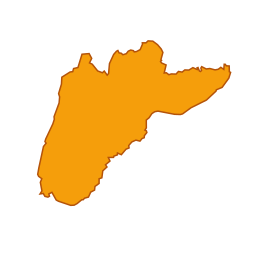 Nong Chik, Pattani, Thailand, rotated 289°
{"feature_id": "78962969B59272581561490", "entity_name": "Nong Chik", "entity_type": "district", "adm_level": 2, "iso_a3": "THA", "parent_name": "Thailand", "parent_adm1": "Pattani", "projection": "natural_earth1", "projection_center": [101.184, 6.781], "detail": "medium", "context": "isolated", "style": "filled", "palette": "amber", "viewbox_px": 256, "rotation_deg": 289, "n_neighbors": 0, "source": "geoboundaries", "source_scale": "gbopen_adm2", "svg_char_len": 1882}
<svg xmlns="http://www.w3.org/2000/svg" viewBox="0 0 256 256"><g transform="rotate(289 128 128)"><path d="M167.7,181.0L180.0,193.1L191.5,199.2L192.9,199.1L197.1,203.8L208.0,207.1L214.0,206.9L214.2,205.5L219.6,203.5L218.8,200.7L219.9,199.2L219.6,198.2L214.6,199.5L215.6,196.0L212.9,194.2L211.3,191.4L210.9,186.0L209.3,182.8L210.0,177.7L208.4,177.4L206.3,178.8L205.0,178.1L205.1,177.0L208.0,174.5L207.4,173.8L206.5,175.2L205.8,174.6L206.2,169.7L202.6,166.7L201.4,162.8L198.5,161.0L197.9,157.3L194.6,155.8L193.2,151.3L191.7,149.3L192.7,146.3L191.8,144.3L200.0,143.5L200.4,138.7L201.4,137.1L202.9,137.7L203.2,136.9L210.8,136.4L213.5,133.7L216.4,128.8L218.2,123.2L216.9,118.6L214.4,117.3L213.2,113.8L211.9,114.4L206.1,114.0L203.1,111.2L202.0,109.1L202.9,108.0L202.6,105.2L200.7,103.2L197.7,102.2L195.6,99.3L196.5,97.3L196.1,95.1L198.0,93.2L196.8,92.1L192.9,90.5L182.9,89.5L173.2,91.9L171.2,91.1L174.1,87.0L171.9,85.8L172.1,80.7L176.7,73.4L177.0,70.4L182.0,71.0L185.7,67.0L182.8,60.5L168.9,61.0L166.5,57.2L163.3,57.4L162.1,55.0L154.5,48.9L147.8,50.8L137.9,51.2L135.2,53.2L129.2,54.7L114.6,54.4L112.2,55.5L107.4,55.6L90.9,53.8L88.1,53.9L87.0,55.5L83.0,54.1L61.1,56.7L54.8,57.7L53.2,59.2L52.0,63.0L48.1,62.8L40.5,67.1L37.0,66.3L38.5,69.2L36.3,71.7L36.6,74.8L37.9,76.0L39.9,74.6L42.4,77.0L36.5,83.6L36.1,86.2L36.2,99.0L37.5,102.2L40.0,104.5L45.2,107.7L45.5,108.9L47.5,109.8L49.8,113.1L55.2,113.6L58.4,116.6L62.0,115.8L66.2,118.7L70.6,117.2L72.4,119.5L79.3,118.1L84.3,120.8L85.9,118.7L90.9,121.7L93.7,119.0L95.5,123.9L96.8,123.8L99.1,126.7L100.9,126.2L100.6,130.4L107.3,133.0L109.5,135.5L111.7,134.4L116.1,136.2L119.1,139.4L119.5,143.6L122.6,144.7L124.1,146.5L126.1,146.0L129.9,147.3L131.3,146.3L131.5,144.7L134.1,145.3L141.5,142.7L144.5,144.6L149.4,145.9L152.1,148.0L153.7,150.8L156.1,167.5L157.8,173.1L159.1,175.0L167.7,181.0Z" fill="#f59e0b" stroke="#b45309" stroke-width="1.5"/></g></svg>